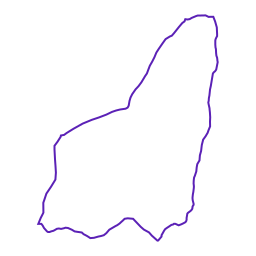 outline of Bartsham, Tashigang, Bhutan
{"feature_id": "84629894B93354039766562", "entity_name": "Bartsham", "entity_type": "district", "adm_level": 2, "iso_a3": "BTN", "parent_name": "Bhutan", "parent_adm1": "Tashigang", "projection": "equal_earth", "projection_center": [91.601, 27.382], "detail": "fine", "context": "isolated", "style": "outline", "palette": "violet", "viewbox_px": 256, "rotation_deg": 0, "n_neighbors": 0, "source": "geoboundaries", "source_scale": "gbopen_adm2", "svg_char_len": 2543}
<svg xmlns="http://www.w3.org/2000/svg" viewBox="0 0 256 256"><path d="M213.3,16.8L210.3,16.8L208.6,16.9L205.6,15.4L201.2,15.5L197.8,15.5L196.0,16.1L191.7,17.9L189.7,19.1L187.6,19.5L185.3,19.2L184.5,21.4L182.3,23.0L179.0,26.9L173.9,33.3L171.8,35.7L170.0,36.4L165.6,39.1L162.8,43.0L158.8,48.8L156.4,52.5L154.4,57.3L152.2,61.6L149.8,65.8L148.2,70.0L146.9,73.5L145.1,76.1L141.4,82.3L138.5,86.2L135.6,89.3L132.2,94.2L130.5,97.6L129.5,101.0L128.7,105.6L128.2,106.6L127.6,107.6L125.6,108.7L120.1,109.5L116.1,110.5L112.0,111.9L106.4,114.6L98.8,117.5L91.9,119.8L82.7,123.6L73.6,128.7L66.8,132.9L64.1,134.9L60.9,135.5L60.7,136.7L57.6,141.6L54.5,145.8L54.5,149.5L55.0,159.2L55.5,166.0L55.9,172.7L55.4,179.6L51.0,186.8L46.4,193.6L44.2,200.2L43.3,202.8L43.4,212.6L42.9,213.7L40.7,218.0L38.3,223.9L41.4,223.9L42.7,225.6L44.0,228.0L47.0,231.4L48.0,232.0L49.7,232.0L50.5,231.6L51.8,231.2L53.4,230.8L54.7,230.1L56.9,228.8L58.9,228.5L61.1,228.9L64.1,228.2L65.5,227.7L68.0,228.0L72.0,229.8L74.6,231.4L77.7,231.9L79.2,232.1L81.8,232.5L83.6,234.2L85.4,235.1L87.4,236.2L90.3,238.1L91.5,238.0L94.0,237.8L98.2,236.6L101.1,236.0L103.8,235.2L106.3,233.2L109.3,229.7L115.6,226.0L117.2,225.2L119.6,223.5L121.2,222.0L123.0,220.4L124.6,218.8L127.7,218.3L133.1,218.8L140.7,226.8L143.9,229.6L149.0,232.4L151.9,235.7L152.6,236.3L157.4,240.6L158.2,240.5L161.5,236.6L161.6,235.1L163.1,232.5L163.9,231.0L165.1,229.2L166.9,227.9L168.9,226.6L171.4,224.9L173.1,224.5L173.9,223.8L175.2,223.8L176.0,224.1L177.5,224.8L178.7,225.3L181.3,224.3L183.2,223.4L185.4,222.2L186.2,221.1L186.6,219.7L186.6,217.9L186.8,216.8L187.1,215.1L187.3,213.7L187.9,212.9L190.6,210.9L191.8,209.6L192.3,208.7L192.6,206.4L193.6,204.8L193.6,203.8L192.7,200.2L192.5,198.0L192.8,194.9L193.0,193.6L193.3,192.1L193.5,190.5L193.8,188.1L193.9,186.7L193.8,185.1L193.6,183.7L193.7,180.9L193.9,178.9L194.1,177.5L194.9,175.7L196.3,171.4L196.7,167.3L197.3,164.1L199.5,160.4L199.9,155.3L201.1,151.0L201.8,145.0L202.9,140.7L203.1,139.7L205.7,136.1L206.5,134.7L207.6,132.9L208.5,130.3L210.1,126.4L210.0,121.6L210.2,117.3L209.9,112.3L209.6,109.6L209.5,108.2L209.3,107.3L208.6,104.1L208.3,102.4L208.7,100.8L208.8,99.2L208.9,98.0L209.1,97.0L209.4,95.5L209.9,90.8L210.0,89.6L210.8,86.0L211.1,84.2L212.9,73.5L213.8,72.3L215.1,71.2L216.2,69.6L217.7,62.1L217.4,60.6L217.3,59.3L217.1,57.7L216.4,55.7L216.1,53.1L216.0,50.7L215.9,49.0L215.5,47.4L215.4,45.9L215.3,44.6L215.3,41.9L215.3,40.7L215.5,39.5L215.8,38.7L216.3,37.6L217.1,36.1L217.1,34.0L216.8,27.4L215.1,21.4L213.3,16.8Z" fill="none" stroke="#5b21b6" stroke-width="2"/></svg>